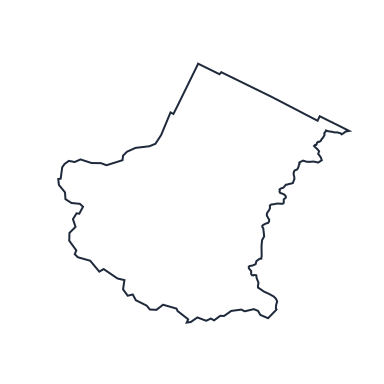 Grand, Colorado, United States of America (Equal Earth projection), rotated 116°
{"feature_id": "52423323B77546934946548", "entity_name": "Grand", "entity_type": "district", "adm_level": 2, "iso_a3": "USA", "parent_name": "United States of America", "parent_adm1": "Colorado", "projection": "equal_earth", "projection_center": [-106.159, 40.085], "detail": "fine", "context": "isolated", "style": "outline", "palette": "slate", "viewbox_px": 384, "rotation_deg": 116, "n_neighbors": 0, "source": "geoboundaries", "source_scale": "gbopen_adm2", "svg_char_len": 2530}
<svg xmlns="http://www.w3.org/2000/svg" viewBox="0 0 384 384"><g transform="rotate(116 192 192)"><path d="M68.2,77.5L67.9,110.4L72.9,110.4L71.6,162.0L71.5,218.2L74.1,218.9L74.0,242.8L75.9,242.7L120.5,242.8L130.0,242.9L129.9,246.2L154.3,244.7L164.7,246.0L169.6,250.4L177.1,262.1L184.3,268.1L189.5,269.9L193.9,268.4L205.4,280.6L206.0,286.5L210.0,295.0L211.6,306.5L216.5,310.6L218.0,316.3L222.6,318.8L226.6,319.5L237.6,315.9L239.0,317.9L244.0,314.7L248.0,306.0L253.9,302.6L254.7,295.5L251.8,287.6L253.0,283.5L260.9,283.8L261.8,286.4L268.6,287.1L274.4,281.4L282.5,284.2L289.6,281.0L295.2,270.4L299.3,270.1L300.7,266.0L298.4,253.4L304.2,240.4L300.0,237.6L302.4,221.1L300.8,214.1L309.7,211.3L313.4,204.3L310.1,200.3L313.9,195.0L314.0,182.9L316.1,178.4L313.5,172.3L306.0,168.6L303.6,154.8L305.3,152.8L308.1,139.6L311.7,139.5L309.4,136.1L302.4,132.2L301.5,122.8L297.5,119.6L297.7,115.9L291.0,112.4L289.3,108.8L281.7,104.6L276.1,96.2L276.1,92.3L270.2,85.1L269.9,80.6L272.5,76.7L272.1,68.3L260.6,64.5L259.7,65.7L256.2,67.0L253.1,67.4L251.1,69.8L250.1,72.7L249.8,78.5L250.0,83.5L249.2,88.6L249.0,90.8L247.1,91.7L244.4,92.5L241.0,96.2L238.7,97.7L239.3,99.8L240.1,100.3L240.5,101.6L239.9,102.8L237.1,104.2L236.1,106.5L235.6,107.5L234.3,108.2L233.3,107.8L231.5,105.3L229.0,103.2L225.9,103.8L222.4,102.0L221.6,100.5L218.8,101.4L215.7,103.0L209.9,105.9L204.6,107.9L200.2,107.7L196.1,110.3L193.2,112.2L192.8,113.3L191.7,114.0L190.6,113.7L188.2,112.0L186.5,110.1L184.8,109.8L183.0,110.5L182.1,112.0L180.3,114.5L178.3,115.3L176.7,115.1L174.7,114.8L172.3,114.8L170.1,116.1L168.4,115.2L167.2,113.2L165.3,110.8L164.6,109.4L163.7,107.3L163.2,105.9L162.0,104.8L160.5,105.2L159.5,105.8L158.7,106.2L157.8,106.1L156.8,105.5L155.9,105.2L154.7,105.9L154.0,107.3L153.8,108.8L154.0,111.2L154.2,112.2L153.4,113.5L152.0,113.8L151.4,114.4L150.5,114.1L149.4,113.2L148.1,111.8L146.0,111.2L144.2,110.8L143.5,109.5L142.4,108.5L141.3,107.0L139.8,105.3L137.7,105.5L135.3,105.7L133.6,106.7L132.0,108.1L130.4,109.0L128.3,109.3L127.1,108.8L125.9,107.5L124.2,107.2L122.1,107.4L121.2,107.7L119.6,107.6L119.1,108.3L118.2,108.4L117.3,107.6L115.1,105.9L114.6,102.4L113.5,99.8L111.3,96.0L110.2,91.5L106.6,89.3L105.1,90.7L104.0,92.1L102.4,95.3L99.7,95.6L98.4,98.4L97.7,101.1L97.1,102.5L95.7,102.0L95.4,101.1L94.0,100.9L93.1,101.3L91.4,100.5L91.3,99.8L89.7,98.7L88.3,98.7L85.1,98.0L82.5,97.9L81.2,98.9L78.9,98.4L78.0,98.6L77.8,97.6L77.8,96.6L76.4,92.2L76.0,90.2L74.7,87.4L74.1,83.9L74.6,82.9L72.8,81.6L70.3,80.4L68.2,77.5Z" fill="none" stroke="#1e293b" stroke-width="2"/></g></svg>